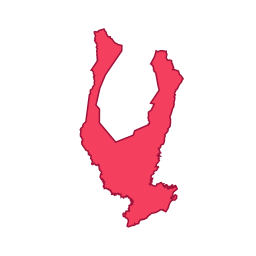 Natá, Coclé, Panama (Equal Earth projection), rotated 30°
{"feature_id": "35544464B34779473724765", "entity_name": "Natá", "entity_type": "district", "adm_level": 2, "iso_a3": "PAN", "parent_name": "Panama", "parent_adm1": "Coclé", "projection": "equal_earth", "projection_center": [-80.564, 8.407], "detail": "fine", "context": "isolated", "style": "filled", "palette": "rose", "viewbox_px": 256, "rotation_deg": 30, "n_neighbors": 0, "source": "geoboundaries", "source_scale": "gbopen_adm2", "svg_char_len": 5968}
<svg xmlns="http://www.w3.org/2000/svg" viewBox="0 0 256 256"><g transform="rotate(30 128 128)"><path d="M175.9,212.6L176.5,213.1L176.6,213.5L177.9,213.3L180.2,210.4L181.7,209.5L182.0,208.8L181.7,207.7L182.5,208.2L183.1,207.1L185.0,205.3L184.4,204.0L184.6,203.0L184.4,201.9L185.5,200.9L185.7,200.1L186.1,199.8L186.5,200.0L187.8,198.7L187.8,198.3L188.2,198.1L189.3,196.3L189.2,194.8L189.5,194.7L189.5,193.6L190.3,192.3L190.7,190.6L191.5,189.6L193.6,188.0L195.7,185.2L196.9,182.6L197.5,182.5L197.9,181.7L199.4,181.8L199.6,181.3L200.2,181.7L202.6,181.6L202.8,177.6L201.8,173.1L201.7,170.9L202.4,168.3L204.7,166.8L205.2,164.7L204.2,162.4L202.6,162.1L202.0,162.9L202.1,165.3L201.8,166.5L201.0,167.4L200.1,167.4L200.0,166.4L200.7,164.9L200.6,164.3L199.5,162.2L199.4,160.5L201.1,156.2L198.7,154.4L197.8,154.1L197.3,154.7L198.2,154.9L198.3,155.5L197.2,155.7L196.8,157.6L196.5,157.5L195.2,155.2L194.7,155.2L194.3,156.2L195.2,157.5L195.2,158.7L194.6,159.1L194.1,157.5L193.5,157.6L193.1,158.2L193.7,160.1L193.2,160.8L192.7,160.8L192.1,160.3L191.7,158.4L189.9,157.8L189.6,158.3L190.2,160.2L189.7,161.0L189.2,160.9L188.7,159.2L187.9,160.5L186.8,159.9L186.8,158.6L185.8,159.4L184.2,158.6L183.7,159.0L182.3,161.2L181.0,162.2L181.3,163.8L181.0,164.7L177.8,165.4L176.7,165.1L175.3,166.1L174.8,166.0L174.5,164.9L175.7,163.8L175.7,162.7L175.1,161.9L174.1,162.6L173.4,162.0L173.5,161.3L174.6,160.7L174.8,159.9L174.4,159.3L173.8,160.0L173.2,159.9L172.6,159.2L172.0,157.8L172.1,156.6L172.8,155.6L173.1,154.3L172.2,153.4L172.2,152.4L173.9,150.2L173.7,148.1L174.0,146.8L173.5,146.4L172.8,147.1L171.9,146.9L171.2,147.5L171.3,146.4L170.6,144.7L171.2,143.0L171.3,140.3L169.9,139.9L170.2,138.6L169.1,138.3L168.7,137.5L169.9,136.4L169.2,136.4L168.8,135.5L168.4,135.4L168.0,135.7L167.8,137.1L167.2,137.3L167.5,134.5L168.7,133.2L167.3,132.6L165.8,130.9L165.0,131.0L164.7,130.6L164.8,129.9L165.9,128.8L165.8,128.1L165.2,127.3L165.1,126.7L165.8,125.0L166.5,124.6L166.6,123.8L165.9,120.8L164.5,118.2L164.2,116.3L163.1,115.4L163.8,112.9L164.0,110.7L163.7,109.5L162.8,108.5L163.5,107.0L163.5,104.9L163.0,104.6L162.4,102.6L159.9,98.4L158.7,97.6L158.4,95.0L156.8,88.2L156.9,86.6L156.3,85.5L156.1,84.3L154.9,82.9L154.5,80.8L153.5,78.6L153.1,78.0L152.7,78.2L152.4,77.9L152.3,75.5L151.4,75.4L150.8,74.3L150.6,70.6L151.0,70.0L151.1,69.0L150.7,64.7L151.3,61.1L150.9,60.0L151.1,57.8L147.5,56.1L145.7,55.9L144.0,54.1L143.0,53.5L138.4,54.4L137.6,55.2L137.4,54.8L137.7,53.6L137.5,53.2L136.9,52.4L135.4,51.6L134.7,50.4L133.8,50.3L132.0,47.9L129.9,48.4L128.7,49.6L126.3,48.4L125.8,47.8L124.8,44.6L123.7,44.1L122.8,42.5L122.2,43.1L121.3,43.0L120.5,43.5L119.5,43.7L117.6,44.8L115.6,47.0L113.8,47.1L115.3,52.6L115.6,61.1L116.6,60.6L117.1,61.5L118.7,61.8L119.1,62.5L120.3,63.2L120.7,64.6L122.3,65.5L122.4,65.9L123.3,65.7L123.8,66.3L124.5,66.4L132.8,76.2L136.1,79.6L135.1,95.2L138.7,94.2L139.2,101.0L137.8,104.0L139.2,106.6L139.8,107.1L140.1,108.9L141.4,110.1L141.8,111.0L143.5,111.8L143.7,112.6L144.2,112.8L144.4,114.1L143.7,114.3L144.1,115.4L143.7,115.5L135.2,127.0L136.1,131.7L124.4,146.4L100.6,137.8L93.8,125.8L88.8,124.2L83.6,107.3L81.8,93.2L84.0,64.3L81.4,59.6L78.1,60.6L74.5,60.8L72.3,60.3L69.7,58.9L67.8,59.1L67.1,57.9L65.1,58.9L62.4,57.3L61.0,55.9L60.2,55.9L57.7,54.3L54.0,58.3L53.7,60.0L51.3,61.1L50.8,61.6L51.6,62.9L52.8,63.4L53.9,64.7L54.6,67.3L55.5,67.7L55.2,68.7L55.5,69.0L56.9,69.9L57.6,69.9L58.0,70.6L59.3,70.8L60.2,72.8L60.1,73.7L60.8,74.4L61.8,74.5L62.4,77.1L64.0,78.9L64.6,80.5L65.2,80.9L66.1,82.6L66.7,82.8L67.3,84.5L68.0,84.7L67.2,96.4L68.2,96.0L69.8,96.6L71.6,99.0L72.8,99.2L73.1,99.9L72.6,100.6L72.6,101.1L73.7,101.4L74.0,102.5L75.5,103.7L75.9,105.4L77.4,107.3L76.9,109.7L77.5,112.0L76.5,113.7L77.0,115.2L78.5,117.2L77.8,118.2L88.4,143.7L87.4,146.9L87.6,148.5L88.3,149.5L87.5,151.4L87.7,151.7L87.5,152.1L87.9,152.6L87.5,153.3L88.7,154.2L89.6,156.0L89.7,156.8L90.7,158.4L91.1,158.9L91.8,158.7L92.1,159.4L94.5,160.6L94.4,161.0L95.3,162.1L94.8,162.4L95.0,162.7L94.8,163.2L95.7,164.1L95.9,164.9L102.8,168.3L105.0,167.9L105.8,169.0L106.7,169.2L106.6,169.7L107.1,169.9L106.9,170.5L108.2,170.8L109.0,170.2L109.9,170.4L110.4,171.9L110.8,172.2L110.9,173.1L113.0,173.7L113.1,174.3L114.3,175.0L114.3,176.9L115.1,177.5L115.8,177.3L116.3,175.5L118.7,176.2L119.6,176.0L120.3,174.4L121.3,175.3L121.6,175.0L123.0,177.1L123.4,177.2L123.6,177.9L124.2,177.9L124.6,178.6L125.6,179.0L126.7,178.9L127.3,179.5L127.4,181.1L128.3,181.3L127.6,182.0L128.4,184.5L129.1,184.6L129.3,185.0L130.2,185.2L130.5,185.8L131.0,186.0L131.3,185.1L131.7,185.6L132.3,185.2L132.9,185.4L132.9,186.5L133.2,186.2L133.4,186.6L133.6,186.3L134.1,186.8L134.4,186.7L134.1,187.3L134.3,188.0L135.0,188.0L135.5,188.7L135.6,188.3L135.9,188.5L135.9,189.1L135.5,189.7L135.7,190.7L136.3,190.7L136.5,191.2L136.8,191.0L137.8,192.3L139.0,191.1L140.3,191.2L141.1,190.7L141.6,191.1L142.6,190.5L143.0,190.6L142.9,191.0L143.5,190.9L144.5,191.4L144.7,191.0L145.2,191.1L145.8,192.2L146.5,192.2L147.0,193.6L147.8,193.1L148.2,191.9L148.8,192.1L149.2,191.5L149.5,192.0L149.4,192.8L149.8,193.0L149.9,192.4L150.5,192.2L150.5,191.4L151.1,191.8L151.2,191.5L150.9,191.3L151.6,190.7L151.7,189.9L152.4,189.5L153.2,190.2L153.7,189.5L154.7,189.7L154.9,189.3L155.1,190.0L156.0,190.3L156.4,191.0L156.5,190.5L157.0,190.8L157.5,190.3L159.2,190.7L159.1,189.5L159.4,189.4L160.0,188.5L160.5,188.7L160.8,187.3L161.1,187.5L161.3,187.3L161.4,187.7L161.7,187.1L162.4,187.2L163.4,188.2L164.7,187.9L165.0,188.2L165.6,187.5L166.8,188.1L166.2,189.0L166.5,189.6L167.4,188.8L167.7,189.7L168.3,188.7L168.6,189.3L168.2,190.5L168.7,190.5L169.2,189.8L169.2,191.2L170.0,191.7L169.3,192.5L168.9,191.7L168.5,191.6L168.4,192.2L169.0,193.5L167.9,194.1L167.7,194.9L168.8,195.6L168.6,197.3L169.4,197.3L169.6,198.7L170.5,198.7L170.6,199.1L169.6,200.3L168.6,200.4L168.1,200.9L168.0,202.2L168.9,203.2L168.8,203.9L167.0,203.8L166.7,204.3L166.7,205.1L168.1,206.8L168.7,206.8L169.6,205.6L170.6,206.9L172.5,206.6L174.2,207.5L175.1,208.8L175.9,212.6Z" fill="#f43f5e" stroke="#9f1239" stroke-width="1.5"/></g></svg>